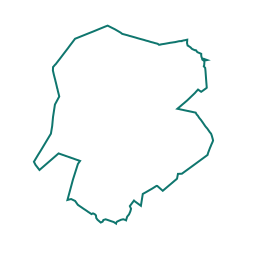 Bella Vista, Chiapas, Mexico, rotated 101°
{"feature_id": "50627088B83427563919964", "entity_name": "Bella Vista", "entity_type": "district", "adm_level": 2, "iso_a3": "MEX", "parent_name": "Mexico", "parent_adm1": "Chiapas", "projection": "albers", "projection_center": [-92.25, 15.623], "detail": "fine", "context": "isolated", "style": "outline", "palette": "teal", "viewbox_px": 256, "rotation_deg": 101, "n_neighbors": 0, "source": "geoboundaries", "source_scale": "gbopen_adm2", "svg_char_len": 3111}
<svg xmlns="http://www.w3.org/2000/svg" viewBox="0 0 256 256"><g transform="rotate(101 128 128)"><path d="M137.8,44.7L136.4,44.5L134.1,44.1L131.8,43.7L130.0,43.3L129.5,43.2L128.8,43.1L125.9,42.4L124.1,42.1L122.7,42.7L121.5,43.3L119.7,44.2L118.5,44.9L118.0,45.2L117.9,45.3L117.7,45.4L116.5,46.9L113.2,50.3L113.0,50.6L112.8,50.9L111.4,52.6L108.9,55.1L106.2,57.9L104.5,60.0L102.5,61.9L102.1,62.5L101.7,63.1L100.0,64.5L99.7,83.2L89.7,75.2L80.9,69.0L80.4,68.7L79.5,68.2L76.9,66.6L78.5,63.1L77.2,61.8L73.7,58.5L73.3,58.4L66.5,60.3L57.3,62.8L54.3,63.7L52.9,65.4L51.9,65.2L51.5,65.2L50.4,65.4L49.1,65.5L48.2,65.7L47.8,65.9L47.5,66.4L47.3,66.8L46.7,64.5L46.2,63.3L45.9,65.3L45.9,65.5L45.6,66.9L45.8,68.0L45.7,68.5L44.4,69.3L43.8,69.6L43.0,69.9L41.2,70.3L40.3,74.4L40.0,74.7L39.7,75.1L39.5,75.4L38.9,75.8L38.7,76.2L38.7,76.6L38.9,77.2L38.2,80.1L37.9,80.7L37.8,80.8L37.1,81.7L37.1,81.8L36.7,82.5L36.0,84.2L35.9,84.3L35.7,85.2L33.3,86.3L31.5,86.5L30.0,86.7L30.2,87.2L30.4,87.6L30.9,88.7L31.3,89.7L31.3,89.8L32.3,92.0L32.5,92.0L32.9,93.8L32.9,94.0L33.3,95.0L33.8,96.1L34.7,98.2L34.8,98.3L35.0,99.1L35.8,101.3L36.5,103.4L36.6,103.5L36.7,103.8L38.3,107.9L39.3,110.7L39.6,111.6L39.8,111.7L40.4,113.4L39.7,114.9L39.6,115.8L39.5,117.7L39.3,119.7L39.2,121.8L39.0,123.7L38.9,124.4L38.8,125.7L38.8,126.5L38.7,127.4L38.5,129.1L38.2,133.4L38.0,135.8L37.8,137.7L37.5,141.3L37.4,142.5L37.3,144.2L37.1,145.7L36.7,151.6L36.6,151.9L36.3,152.4L35.8,153.4L34.5,157.1L33.6,159.7L32.6,163.3L31.4,167.5L32.7,169.6L36.5,175.4L40.0,180.7L42.3,184.3L45.4,189.1L48.9,194.5L50.5,197.0L54.6,199.0L57.8,200.6L59.7,201.5L61.0,202.1L62.0,202.6L65.4,204.3L67.0,205.1L73.5,208.3L73.9,208.5L75.4,209.3L76.1,209.6L77.2,210.2L78.7,210.9L79.5,211.4L79.7,211.6L79.9,211.7L81.3,212.5L82.4,213.1L82.5,213.2L84.5,212.9L85.9,212.7L86.3,212.5L89.5,211.1L91.2,210.3L93.5,209.2L94.7,208.6L95.7,208.2L96.7,207.7L98.0,207.1L100.2,206.1L102.7,205.0L102.9,204.8L104.6,204.1L106.1,203.4L107.8,202.6L108.4,202.3L110.2,201.5L114.1,202.7L118.9,204.2L131.5,203.7L140.6,202.8L148.3,202.6L167.0,209.4L171.4,211.1L175.5,212.6L179.1,213.9L181.9,211.7L186.1,206.9L166.2,191.3L169.5,168.8L172.8,170.3L189.2,172.2L210.2,173.7L208.9,171.0L208.6,170.2L208.7,169.8L208.9,169.1L209.7,166.0L212.4,163.2L213.0,162.6L213.1,162.1L213.4,161.8L213.6,161.1L213.9,160.5L214.2,159.8L214.4,159.3L215.1,157.7L215.4,157.1L215.6,156.5L215.9,155.9L216.1,155.4L216.3,154.8L216.6,154.2L216.8,153.6L217.1,153.0L217.5,152.0L218.1,150.8L218.3,150.1L218.7,149.3L219.0,148.5L219.5,147.4L218.5,146.1L218.9,144.3L219.9,142.8L222.4,142.0L223.9,140.4L226.0,136.7L224.8,135.1L223.9,134.8L223.0,134.6L221.9,132.5L222.2,130.1L222.7,126.7L223.0,124.1L224.1,121.5L223.2,121.5L222.4,121.1L221.9,120.8L221.2,119.8L220.8,119.3L220.2,118.4L219.5,117.5L219.1,116.6L218.5,115.3L218.8,112.9L219.0,112.3L215.2,111.9L212.6,110.5L209.5,109.8L206.7,109.6L204.3,111.3L198.1,108.3L198.4,107.9L201.9,100.5L189.9,100.9L187.4,97.9L185.2,95.4L182.8,92.6L179.4,89.0L179.3,88.2L183.0,81.9L168.4,70.2L163.5,70.2L162.6,66.4L151.0,55.6L139.3,44.8L138.8,44.8L138.6,44.7L137.8,44.7Z" fill="none" stroke="#0f766e" stroke-width="2"/></g></svg>